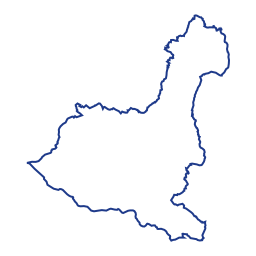 Brad, Hunedoara, Romania
{"feature_id": "2599482B48493283772972", "entity_name": "Brad", "entity_type": "district", "adm_level": 2, "iso_a3": "ROU", "parent_name": "Romania", "parent_adm1": "Hunedoara", "projection": "equal_earth", "projection_center": [22.817, 46.147], "detail": "fine", "context": "isolated", "style": "outline", "palette": "blue", "viewbox_px": 256, "rotation_deg": 0, "n_neighbors": 0, "source": "geoboundaries", "source_scale": "gbopen_adm2", "svg_char_len": 5866}
<svg xmlns="http://www.w3.org/2000/svg" viewBox="0 0 256 256"><path d="M199.8,240.5L202.2,240.2L202.4,239.7L202.1,239.4L203.6,238.0L203.0,237.4L202.4,235.2L205.3,228.7L205.3,227.7L204.9,227.0L205.5,225.5L205.0,222.9L205.2,221.8L204.2,222.2L204.2,222.6L202.3,222.6L202.3,222.0L201.7,221.6L200.8,221.7L199.5,220.3L197.8,219.3L197.3,218.3L196.2,217.3L196.3,216.7L195.2,216.1L194.4,216.2L192.7,213.6L191.1,212.2L186.2,208.6L183.8,207.7L184.1,205.5L182.5,203.8L178.6,204.7L177.6,205.4L175.6,204.3L175.0,204.5L174.3,204.3L173.4,203.4L171.1,200.2L173.4,196.7L174.2,194.8L177.2,195.1L177.6,194.1L179.1,194.3L180.2,193.8L182.7,192.2L183.5,191.1L184.3,190.8L184.3,189.1L184.6,188.6L185.9,188.4L185.6,187.5L185.7,186.5L186.1,185.8L187.7,184.5L187.8,184.0L185.9,180.6L184.3,179.3L184.3,179.0L184.7,177.6L185.8,177.6L186.2,177.1L185.8,174.5L186.2,173.7L187.1,173.3L188.3,173.6L188.6,173.2L187.9,172.3L188.3,172.2L188.1,171.6L186.5,170.3L186.1,168.2L187.1,168.6L189.6,165.3L191.1,164.9L190.6,163.9L192.1,163.6L196.8,164.4L199.4,165.3L201.4,165.1L202.0,164.7L203.9,161.7L204.5,159.9L204.5,159.0L205.0,158.2L205.2,157.2L204.0,155.6L204.3,155.0L204.1,154.1L204.2,153.3L204.7,152.2L204.1,150.0L202.4,148.5L200.6,147.6L199.8,146.3L199.5,143.9L200.1,142.9L200.2,141.7L198.9,139.1L199.6,137.0L199.2,137.0L198.6,136.0L198.8,135.2L198.0,134.6L198.2,133.1L197.5,131.6L198.0,131.2L198.1,130.5L197.1,128.1L196.6,128.0L195.4,126.0L194.8,124.3L195.1,122.1L195.8,121.2L195.8,120.3L194.1,119.3L193.9,118.5L193.2,117.9L192.6,116.6L192.8,115.0L192.0,115.4L192.5,110.5L191.9,110.2L193.5,105.4L193.2,102.3L194.1,99.5L194.1,98.1L194.9,96.6L194.8,95.2L195.8,93.2L196.1,91.8L197.1,90.2L198.0,87.5L199.7,85.1L201.3,80.1L200.1,76.8L202.1,75.8L202.4,75.0L203.0,74.6L203.9,74.2L204.5,74.5L205.2,73.8L208.4,73.2L211.2,71.7L215.8,72.7L219.5,75.1L220.6,75.5L221.8,75.5L221.9,74.6L224.3,72.4L226.1,69.1L227.8,67.9L228.3,67.2L228.8,63.9L229.0,60.1L228.4,57.0L228.8,54.5L228.1,52.2L227.6,51.9L227.0,49.0L227.5,46.4L227.5,44.5L226.4,42.7L224.9,42.1L224.6,41.2L225.2,36.6L224.8,35.4L223.4,34.1L221.5,33.4L220.7,31.7L220.2,29.5L220.8,29.9L221.4,29.7L221.5,29.3L221.0,28.6L220.7,29.2L219.4,28.5L219.0,29.2L218.4,29.3L218.1,29.5L218.3,29.7L217.0,30.6L216.6,30.6L215.9,28.0L214.9,27.6L213.8,26.0L213.4,26.1L213.1,27.4L209.6,27.3L207.9,27.6L206.6,27.4L204.3,26.2L204.9,25.3L204.7,24.9L205.1,24.8L205.1,24.2L204.9,23.9L204.5,24.4L203.9,21.3L202.5,19.7L202.7,18.7L201.9,18.3L201.2,17.4L200.9,17.5L199.6,17.1L196.8,15.6L195.8,15.4L194.6,15.7L194.4,18.9L193.5,19.2L192.9,18.5L191.2,21.0L189.3,22.1L188.6,25.0L188.2,25.6L188.2,26.9L187.8,27.3L187.4,28.9L187.1,29.3L186.6,31.7L184.2,34.6L184.0,36.0L183.3,35.8L181.3,36.1L180.4,35.6L178.8,36.2L177.9,37.1L177.0,37.3L177.1,38.0L177.7,38.3L177.1,39.6L177.6,40.8L176.0,40.8L173.1,39.9L171.1,40.0L170.9,42.2L170.1,42.0L168.9,42.5L168.2,44.5L167.7,44.6L167.7,45.4L167.1,45.7L168.3,46.2L168.6,47.4L168.1,47.7L167.1,47.5L166.2,48.0L165.2,47.7L165.2,48.8L164.9,49.3L166.9,50.3L166.9,50.7L167.8,51.3L170.6,52.1L172.0,54.2L173.1,54.8L173.3,55.2L172.9,56.4L173.2,58.0L172.2,58.3L171.1,57.6L170.2,57.7L169.6,58.9L169.6,60.2L168.2,60.1L168.1,60.8L167.1,61.6L169.0,62.9L168.6,63.0L169.0,65.4L167.6,65.6L168.3,67.4L167.9,67.6L167.7,68.3L167.4,68.1L167.4,69.0L166.7,72.1L166.5,75.2L166.0,78.1L165.6,78.6L164.1,79.3L163.5,81.1L162.2,81.5L161.5,82.7L161.1,84.2L161.6,86.1L161.5,87.4L162.0,89.5L161.7,89.9L160.4,90.2L160.1,93.5L159.6,94.0L159.4,95.1L158.5,96.0L159.0,98.3L158.5,99.0L157.1,99.8L156.9,100.6L155.3,102.3L155.1,102.1L155.5,101.6L154.5,102.1L153.5,103.2L152.5,103.3L151.7,104.3L149.5,105.7L148.1,107.4L147.4,107.5L146.9,110.4L146.3,110.6L145.6,111.7L143.9,112.8L143.1,112.9L140.9,112.7L140.0,112.1L138.0,112.3L138.9,111.7L139.0,111.3L138.6,110.9L138.1,111.1L137.5,109.9L136.8,110.0L135.8,109.3L133.9,108.8L133.0,109.1L130.9,108.0L128.9,110.2L127.8,110.3L128.1,110.8L127.4,112.3L127.0,112.7L125.3,112.7L124.8,112.3L124.1,112.4L122.2,111.6L120.8,113.4L118.9,111.2L115.5,109.6L113.5,108.2L112.9,108.4L112.4,109.2L111.3,109.1L110.4,109.6L109.3,109.7L107.8,109.1L104.6,106.9L103.8,107.1L102.9,108.8L101.9,106.0L100.0,103.6L98.8,103.4L95.9,105.3L95.2,105.3L95.1,105.7L89.7,108.2L86.1,105.3L83.8,107.4L82.2,106.2L81.3,107.1L79.4,106.0L80.2,104.9L77.5,103.5L75.7,105.0L75.9,106.3L76.3,106.8L76.6,108.8L77.4,110.1L76.8,111.0L77.4,111.7L80.1,113.5L82.0,115.3L76.6,117.2L75.1,116.2L74.9,116.7L73.9,117.6L73.0,116.6L72.0,116.7L68.1,118.4L67.3,119.1L65.6,122.5L63.1,123.9L60.5,126.4L59.3,128.3L58.8,129.8L59.0,132.0L58.6,134.8L59.5,137.2L58.9,137.9L58.1,140.6L57.5,141.6L57.4,143.1L57.7,143.2L57.5,143.7L55.4,145.3L55.6,146.0L55.9,146.3L55.8,146.7L56.4,147.4L56.1,147.9L55.2,148.7L52.2,149.4L52.1,149.9L51.4,150.4L51.2,152.2L50.6,152.9L45.1,154.6L42.1,157.1L41.5,158.3L38.6,161.1L35.7,161.9L31.9,161.8L27.0,162.9L29.5,163.4L34.5,168.7L44.1,177.4L44.0,179.0L46.5,181.6L47.5,184.8L53.7,188.7L58.4,189.9L59.9,189.0L61.3,189.2L62.8,189.9L67.2,194.3L69.4,195.9L71.3,196.7L72.8,196.9L73.2,197.6L72.9,198.6L74.4,200.5L74.7,201.3L76.5,203.1L77.8,205.4L78.6,205.9L80.4,206.3L83.9,206.1L87.5,206.8L91.2,210.6L94.0,211.3L101.8,210.1L106.3,210.6L109.6,209.0L110.9,208.7L114.8,209.6L117.2,209.8L118.1,209.0L119.3,209.6L122.0,212.6L123.2,213.0L128.0,210.8L130.1,210.4L133.0,210.4L134.4,211.1L135.6,212.9L135.9,214.8L135.5,216.3L135.8,218.0L136.8,218.9L137.7,220.7L139.5,222.6L139.7,224.2L141.0,225.6L142.8,226.4L144.4,226.5L145.7,225.6L147.1,223.8L147.5,223.7L149.1,224.2L151.6,225.8L153.1,225.4L154.9,225.4L156.1,227.1L156.8,227.2L157.4,228.8L158.0,229.0L161.2,228.8L164.4,229.9L166.3,231.5L167.0,233.1L168.4,234.7L170.0,235.8L170.2,236.5L169.8,238.4L171.3,240.6L173.1,239.9L175.3,239.6L179.2,237.6L183.7,237.6L182.6,236.9L182.8,236.2L182.4,233.1L182.8,233.7L183.5,234.0L187.1,234.3L187.4,235.4L189.0,236.3L190.5,238.1L196.6,239.2L197.6,240.0L199.8,240.5Z" fill="none" stroke="#1e3a8a" stroke-width="2"/></svg>